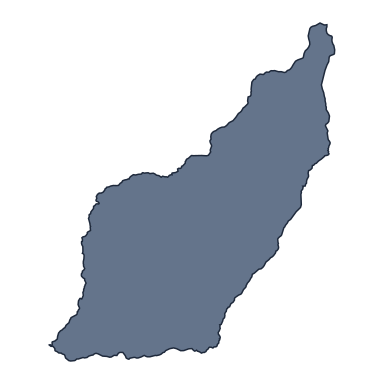 the district of San Pablo, Cajamarca, Peru
{"feature_id": "86281439B29133878873300", "entity_name": "San Pablo", "entity_type": "district", "adm_level": 2, "iso_a3": "PER", "parent_name": "Peru", "parent_adm1": "Cajamarca", "projection": "mercator", "projection_center": [-78.748, -7.04], "detail": "fine", "context": "isolated", "style": "filled", "palette": "slate", "viewbox_px": 384, "rotation_deg": 0, "n_neighbors": 0, "source": "geoboundaries", "source_scale": "gbopen_adm2", "svg_char_len": 5917}
<svg xmlns="http://www.w3.org/2000/svg" viewBox="0 0 384 384"><path d="M332.2,37.4L331.9,36.4L331.4,36.0L329.9,35.6L328.2,34.6L326.9,33.1L326.3,30.7L326.3,28.5L326.9,26.8L326.9,24.7L324.9,25.0L323.8,24.8L320.0,23.0L315.7,25.5L312.5,26.3L310.8,27.3L309.9,28.6L308.2,35.9L308.7,38.8L309.6,41.8L309.8,44.4L308.8,46.9L307.4,48.9L305.3,50.8L304.1,53.5L303.3,57.5L302.6,58.2L297.8,59.9L295.5,61.2L293.2,64.7L291.7,67.4L290.3,69.1L289.4,69.8L287.4,70.5L286.0,72.0L285.3,72.3L284.2,72.5L281.4,71.7L278.4,71.7L274.7,70.6L272.6,70.8L271.4,70.7L270.4,71.0L269.0,72.2L266.3,72.1L264.6,73.3L263.8,74.3L263.2,74.5L260.0,74.1L257.4,75.7L256.1,77.2L255.4,78.9L253.7,79.5L251.9,82.1L251.1,89.3L251.4,91.2L250.9,92.0L251.1,93.8L250.9,95.2L250.4,96.1L248.1,97.0L247.6,101.0L248.1,102.9L247.6,104.0L244.5,107.1L243.3,107.8L241.4,111.1L240.3,112.2L238.4,113.5L235.8,117.4L233.0,120.7L229.2,122.6L226.6,125.5L224.5,127.0L221.8,127.2L219.7,128.0L217.6,129.2L216.0,130.6L214.1,131.3L213.1,131.9L211.7,133.4L211.2,134.3L210.8,136.7L211.0,139.2L209.9,140.9L210.3,142.7L211.5,145.1L211.6,146.1L210.3,149.8L210.3,151.0L210.7,151.9L208.4,155.3L206.6,155.8L201.6,155.5L193.1,155.7L191.7,155.5L191.1,155.8L188.4,158.3L186.9,159.0L186.1,160.0L186.0,160.7L185.3,161.4L185.2,163.3L182.7,165.9L181.6,166.3L181.5,167.6L180.5,168.4L178.7,168.3L177.6,169.0L178.0,171.3L175.7,172.5L172.2,173.0L171.8,173.8L172.0,174.7L171.5,174.6L169.4,175.3L167.7,177.2L166.0,176.7L165.1,176.9L162.7,176.2L161.2,177.2L158.9,175.6L156.5,175.2L155.0,174.0L153.3,173.2L149.8,173.6L148.3,172.8L145.9,172.9L144.8,173.2L142.8,172.7L142.2,172.9L141.9,173.6L141.1,174.1L138.2,174.3L135.7,175.0L133.3,174.7L130.4,176.7L129.5,177.9L129.1,179.0L128.2,178.9L127.1,179.5L124.6,180.0L122.7,180.7L121.6,182.5L120.3,183.2L118.5,185.4L116.6,185.6L113.2,185.5L110.5,186.1L109.2,186.8L106.6,187.3L106.4,188.0L105.2,188.7L104.7,190.2L103.1,192.2L101.2,193.1L99.1,193.1L98.9,193.5L97.5,194.3L96.9,195.6L96.3,196.4L96.8,198.3L96.1,199.8L96.0,200.5L96.4,201.2L97.9,201.7L99.0,202.9L99.1,203.6L98.6,204.0L97.1,203.8L96.1,204.0L94.9,205.5L93.6,206.3L93.5,208.5L90.9,211.9L90.6,213.7L89.3,214.5L89.1,214.9L89.2,217.1L88.5,218.3L90.0,223.9L90.0,225.0L90.6,226.5L90.2,226.9L90.5,230.5L87.6,232.1L87.2,232.8L87.4,233.6L85.8,235.8L84.9,236.4L82.9,236.9L81.9,237.8L82.4,239.1L82.4,240.8L82.3,241.4L81.6,241.6L81.5,243.2L81.9,244.8L82.8,246.5L82.9,249.5L82.9,251.9L82.4,253.4L82.9,253.5L83.7,254.2L84.1,255.5L83.9,258.9L83.3,261.5L83.3,263.9L83.6,264.6L83.5,266.0L84.7,268.5L84.1,269.7L82.4,271.2L82.3,272.5L81.4,273.9L81.4,275.7L81.6,276.3L83.1,277.9L84.6,278.7L84.6,280.0L86.0,283.0L86.0,283.5L85.2,284.4L85.3,284.9L84.4,286.7L84.3,288.1L83.7,289.1L83.6,291.0L82.9,292.4L83.3,295.5L81.8,298.9L81.3,298.9L80.5,298.4L79.9,298.5L78.5,300.8L78.1,304.6L78.8,306.5L79.4,307.4L79.5,308.7L78.3,310.1L77.7,311.8L77.3,311.8L77.1,313.9L76.6,314.7L71.3,317.5L70.6,318.3L70.7,318.8L69.8,320.0L69.0,322.7L66.1,325.2L64.9,327.7L63.6,328.4L62.3,329.8L60.4,330.9L58.6,333.0L57.6,336.4L57.3,339.0L54.9,341.0L52.3,341.9L52.1,342.2L52.2,344.7L51.9,345.2L51.3,345.3L50.0,344.7L49.3,345.0L50.9,346.3L53.1,346.4L54.8,348.5L55.0,350.5L55.3,350.9L57.4,351.8L58.6,352.9L61.5,353.2L62.1,353.9L64.2,354.6L64.8,355.3L65.6,358.0L68.8,360.6L70.6,361.0L74.6,360.6L75.3,360.3L76.7,359.0L78.3,359.0L83.0,357.5L84.5,357.9L87.0,357.5L88.8,356.1L91.3,355.3L93.1,355.0L94.4,353.8L96.0,353.3L98.0,353.8L102.6,356.1L106.9,356.4L109.6,357.2L111.3,357.0L114.1,355.3L116.9,355.5L118.4,353.2L119.9,352.4L122.8,352.4L125.3,355.7L126.2,358.0L127.5,358.8L128.8,359.2L129.1,359.1L129.9,358.2L133.8,357.4L135.0,357.4L136.5,358.0L138.0,358.0L141.3,356.9L144.2,355.4L146.1,356.4L147.4,356.8L149.9,356.8L155.3,355.4L156.6,355.6L159.5,354.9L161.2,354.1L162.9,352.6L164.4,352.2L165.7,350.6L169.7,348.7L173.6,347.9L176.6,348.7L180.7,350.7L183.8,350.6L188.8,348.8L191.9,348.6L193.5,350.3L194.6,351.1L195.5,350.9L196.6,350.2L197.4,351.1L199.7,351.9L201.4,353.1L203.2,352.4L204.2,352.5L206.0,351.5L206.4,350.4L208.4,348.7L208.7,347.8L209.4,347.2L211.1,347.2L212.9,348.0L214.1,346.9L216.0,346.8L217.0,346.0L217.4,344.4L218.7,343.1L218.9,340.9L219.8,339.7L219.4,338.8L220.0,338.4L220.2,337.6L220.0,336.5L219.2,335.1L218.5,334.5L218.2,332.5L219.3,330.8L220.2,328.3L219.8,326.8L220.1,325.9L219.7,324.8L221.2,324.4L222.7,321.0L223.1,319.1L224.5,317.7L224.9,315.6L224.7,313.8L225.6,312.1L226.2,311.5L226.7,309.0L227.7,308.2L227.9,307.4L229.6,306.8L230.8,303.8L233.2,302.1L234.5,300.0L234.4,298.9L234.9,297.7L238.6,295.1L240.8,294.2L241.6,293.4L243.5,289.6L245.7,287.3L246.1,286.4L246.1,285.4L246.7,284.7L247.2,283.4L249.5,280.7L250.8,278.2L251.8,276.9L252.3,274.3L254.4,273.1L258.8,269.2L261.1,268.8L262.8,267.4L264.1,265.7L265.9,262.1L268.9,259.7L270.6,257.7L272.0,257.0L273.5,255.7L275.4,253.1L276.0,251.0L277.0,250.6L278.1,249.2L278.6,247.8L278.4,246.1L277.9,244.8L278.4,243.5L278.0,242.4L277.7,239.1L278.2,238.2L279.7,236.7L280.7,236.1L281.6,235.0L283.9,227.6L284.7,227.0L285.4,225.4L287.4,222.9L288.3,221.0L290.6,219.4L296.2,211.7L300.5,207.5L301.3,204.7L300.9,194.3L301.4,192.5L301.1,191.2L302.9,188.8L302.7,188.1L303.3,186.7L302.9,186.2L305.2,186.0L305.6,184.2L306.5,183.2L306.5,181.5L306.9,179.6L308.5,176.6L308.5,175.0L308.1,173.3L308.6,170.6L310.2,170.0L312.0,168.3L312.4,165.5L313.7,165.2L315.0,163.7L316.3,163.3L318.5,161.0L321.2,159.2L324.2,156.6L324.7,155.8L327.2,155.3L328.5,154.7L329.0,153.8L328.3,152.7L328.6,151.5L327.8,150.5L328.4,149.8L328.1,148.5L328.6,147.9L328.9,146.1L330.0,143.8L330.1,142.6L329.4,141.1L328.6,140.3L328.1,139.0L327.2,132.9L327.9,130.9L325.4,125.8L325.9,124.3L327.5,123.2L328.8,121.5L329.5,116.1L328.3,112.9L326.2,109.6L326.3,107.1L325.7,105.7L325.8,103.9L325.1,100.8L325.1,98.7L324.3,96.2L323.7,92.7L322.4,89.2L321.4,84.9L325.0,70.4L327.0,65.0L328.7,61.7L329.2,57.0L330.2,55.7L333.9,54.3L334.4,53.7L334.7,49.8L333.8,45.5L332.8,43.9L332.0,41.4L331.9,39.8L332.2,37.4Z" fill="#64748b" stroke="#1e293b" stroke-width="1.5"/></svg>